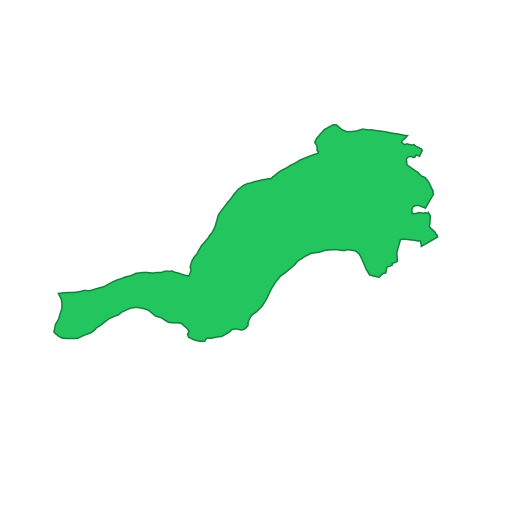 the district of Abnub, Asyut, Egypt, rotated 311°
{"feature_id": "37247803B63981628133809", "entity_name": "Abnub", "entity_type": "district", "adm_level": 2, "iso_a3": "EGY", "parent_name": "Egypt", "parent_adm1": "Asyut", "projection": "natural_earth1", "projection_center": [31.107, 27.295], "detail": "fine", "context": "isolated", "style": "filled", "palette": "green", "viewbox_px": 512, "rotation_deg": 311, "n_neighbors": 0, "source": "geoboundaries", "source_scale": "gbopen_adm2", "svg_char_len": 4193}
<svg xmlns="http://www.w3.org/2000/svg" viewBox="0 0 512 512"><g transform="rotate(311 256 256)"><path d="M446.2,291.3L444.3,288.8L442.0,284.3L437.9,278.0L436.2,274.8L435.0,272.9L432.7,269.1L429.2,264.0L426.9,260.2L425.1,258.3L423.4,255.8L421.7,253.2L418.7,251.3L416.4,250.0L412.3,246.2L409.4,243.0L407.7,238.0L407.7,234.2L407.7,230.4L406.0,228.5L404.8,227.8L399.6,225.9L396.1,224.6L393.7,224.6L390.2,224.6L387.3,224.6L385.0,224.6L382.1,225.2L380.3,225.8L379.1,229.6L377.4,231.5L375.6,232.8L375.6,234.7L374.5,235.3L373.7,235.0L372.7,234.6L371.0,233.4L365.1,230.2L357.6,226.4L351.2,224.4L347.1,222.5L342.4,221.2L337.7,219.3L333.7,218.0L329.0,217.4L326.7,216.7L324.3,216.7L323.7,216.0L322.6,214.8L320.8,213.5L317.3,210.4L315.0,209.1L310.9,205.9L307.4,204.0L305.1,202.1L301.0,200.2L297.5,199.5L294.6,198.9L290.5,198.9L287.6,198.9L283.0,199.5L278.8,199.4L278.3,199.4L262.8,200.5L255.0,204.1L251.2,205.9L244.5,207.6L243.2,207.6L241.0,207.5L240.3,207.5L239.8,207.8L239.2,208.2L237.2,208.1L233.9,208.1L229.8,208.1L227.5,208.1L226.8,208.3L225.2,208.7L221.1,209.4L219.3,210.0L217.6,210.0L215.2,210.0L211.2,210.6L209.4,211.2L204.2,213.7L204.2,214.4L201.8,216.9L201.2,216.9L199.3,217.7L198.3,218.1L196.6,218.1L194.2,213.7L192.5,209.2L190.2,204.8L189.6,202.3L187.8,201.0L185.5,197.8L181.4,195.3L177.4,190.8L176.2,190.2L173.3,186.4L172.1,184.5L168.6,180.7L165.7,178.2L164.5,176.9L158.7,174.3L154.6,171.2L150.6,169.2L146.5,166.7L142.4,164.8L138.9,163.5L133.6,161.6L130.7,159.7L124.9,155.9L122.6,154.6L120.2,152.7L117.3,148.9L114.4,147.0L112.7,145.7L111.2,144.4L109.7,143.2L105.7,138.7L102.7,135.6L98.1,131.4L95.7,137.3L93.1,140.5L88.9,144.0L83.8,146.1L78.8,148.4L72.7,149.6L66.0,153.4L65.8,155.8L65.9,156.8L65.9,157.3L65.9,159.3L66.8,163.5L69.3,167.0L74.0,172.4L77.1,175.6L82.6,177.9L85.5,179.4L89.4,181.7L93.9,182.8L96.8,182.7L98.4,183.1L101.7,184.2L104.3,184.6L112.3,186.2L118.0,188.9L121.3,190.8L125.6,191.5L134.4,195.5L138.7,199.4L141.0,202.8L142.9,206.5L144.6,210.5L144.6,213.8L144.7,216.1L144.7,219.5L147.3,225.1L147.9,230.2L148.6,233.7L150.1,235.8L154.0,240.6L156.1,243.4L156.1,248.0L156.2,251.5L155.0,255.0L151.8,255.8L150.5,258.6L152.4,265.2L153.4,267.0L154.9,269.7L158.0,273.2L160.8,272.7L161.9,272.9L164.3,275.9L169.5,279.9L172.8,282.9L176.8,284.3L181.4,285.9L184.7,286.1L186.5,287.4L188.5,289.6L190.1,292.9L192.4,295.0L195.0,295.6L198.3,295.6L200.7,293.6L204.0,292.4L206.2,291.9L208.2,291.8L209.7,291.8L213.5,292.9L218.6,293.3L222.3,293.5L230.2,292.2L240.3,289.4L249.0,287.9L256.9,287.7L262.7,289.1L274.6,290.9L279.3,290.8L287.7,293.2L291.3,294.7L294.3,295.9L300.2,301.2L305.0,304.0L305.3,304.2L310.1,308.7L313.9,312.9L316.3,316.8L318.1,319.3L318.9,319.7L319.0,319.7L319.1,319.8L320.3,320.4L322.7,323.8L325.1,327.7L325.2,332.8L322.9,338.5L318.3,347.7L316.2,354.3L316.2,354.5L316.7,355.4L317.0,355.8L317.4,356.6L317.6,357.1L320.7,362.8L325.0,363.1L325.9,363.2L327.3,364.3L327.8,364.7L328.3,365.0L329.5,364.4L331.6,363.2L333.5,362.1L338.4,364.8L340.2,363.6L342.0,365.2L344.0,365.9L344.8,366.2L350.3,360.7L351.1,359.9L363.1,354.3L364.7,355.5L366.4,357.4L371.1,364.3L371.7,365.0L373.1,367.8L374.0,368.8L375.2,370.0L373.7,372.4L371.7,374.5L372.3,374.7L389.5,380.6L390.2,379.5L390.6,379.0L390.7,378.5L390.4,377.7L391.4,375.8L391.6,373.1L391.6,368.2L392.8,367.0L395.7,365.1L398.0,363.2L398.6,363.2L400.9,360.7L401.8,357.7L401.0,358.1L400.4,356.3L399.2,355.0L398.1,354.3L396.9,352.4L396.3,351.2L395.1,349.9L393.4,349.3L391.7,347.4L390.5,346.1L391.1,345.4L392.2,344.2L392.8,343.6L394.0,342.9L395.8,342.3L396.9,342.3L398.1,343.0L400.4,344.9L401.6,347.4L402.1,349.3L402.7,350.6L403.3,352.5L409.2,351.3L419.1,349.4L420.8,346.9L421.4,346.9L421.4,346.2L423.2,342.4L423.2,341.8L424.3,339.9L425.5,336.1L426.1,332.3L425.5,329.8L424.9,329.2L425.0,325.4L425.5,323.5L425.0,321.6L423.8,310.2L425.0,308.9L427.3,306.4L427.9,305.8L430.3,305.8L431.4,306.4L433.2,308.3L433.2,309.6L434.3,310.9L435.5,310.9L436.7,310.2L437.2,310.9L437.8,311.5L438.4,313.4L438.4,314.0L442.6,312.8L444.8,312.2L445.4,310.3L444.8,309.6L444.8,307.7L443.7,305.2L443.7,302.0L442.5,301.4L441.9,300.8L439.6,296.3L438.4,295.7L437.3,294.4L437.3,291.3L439.0,290.6L442.5,291.3L446.2,291.3Z" fill="#22c55e" stroke="#15803d" stroke-width="1.5"/></g></svg>